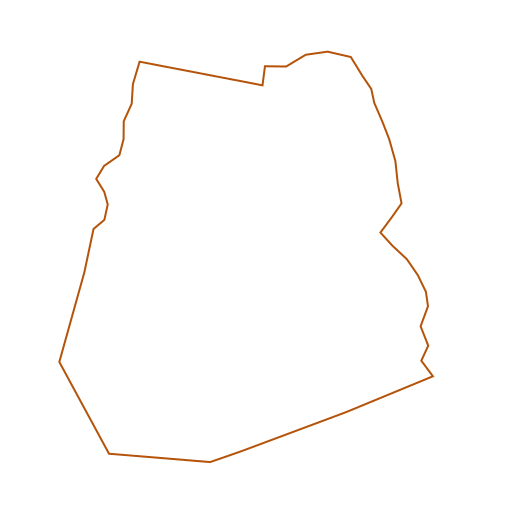 Pilões, Paraíba, Brazil, rotated 95°
{"feature_id": "56859067B29382910416261", "entity_name": "Pilões", "entity_type": "district", "adm_level": 2, "iso_a3": "BRA", "parent_name": "Brazil", "parent_adm1": "Paraíba", "projection": "orthographic", "projection_center": [-35.62, -6.881], "detail": "fine", "context": "isolated", "style": "outline", "palette": "amber", "viewbox_px": 512, "rotation_deg": 95, "n_neighbors": 0, "source": "geoboundaries", "source_scale": "gbopen_adm2", "svg_char_len": 675}
<svg xmlns="http://www.w3.org/2000/svg" viewBox="0 0 512 512"><g transform="rotate(95 256 256)"><path d="M465.8,385.2L465.3,283.8L452.5,255.2L403.8,152.9L360.4,69.3L345.9,82.2L330.3,76.6L311.7,85.9L291.1,80.3L276.9,83.6L261.0,93.1L246.0,105.5L233.7,121.2L221.8,134.1L205.4,124.0L190.9,115.6L170.9,121.2L149.4,125.4L128.0,133.5L111.0,141.9L93.2,151.5L79.6,155.7L67.3,165.7L49.5,178.9L46.2,202.5L51.2,224.0L64.6,242.5L66.2,263.6L85.4,264.4L72.6,388.9L95.5,393.6L115.2,393.1L133.3,399.5L151.1,398.1L167.5,400.9L179.5,415.2L193.1,421.9L205.4,412.7L217.6,408.2L233.2,410.2L243.2,420.2L287.4,425.6L378.7,442.7L465.8,385.2Z" fill="none" stroke="#b45309" stroke-width="2"/></g></svg>